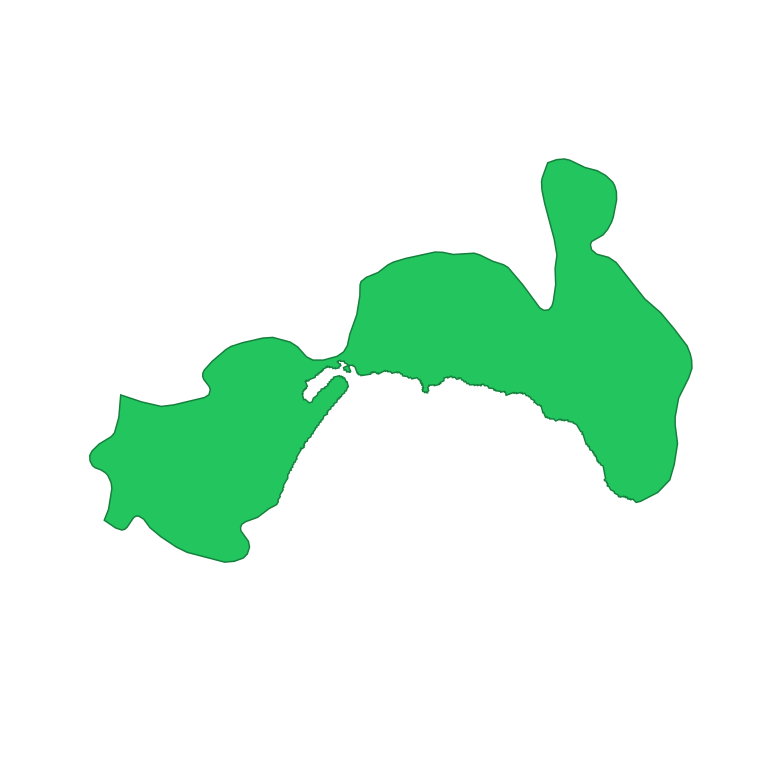 Jaquimeyes, Barahona, Dominican Republic, rotated 346°
{"feature_id": "3306468B18666570412255", "entity_name": "Jaquimeyes", "entity_type": "district", "adm_level": 2, "iso_a3": "DOM", "parent_name": "Dominican Republic", "parent_adm1": "Barahona", "projection": "robinson", "projection_center": [-71.041, 18.313], "detail": "fine", "context": "isolated", "style": "filled", "palette": "green", "viewbox_px": 768, "rotation_deg": 346, "n_neighbors": 0, "source": "geoboundaries", "source_scale": "gbopen_adm2", "svg_char_len": 6119}
<svg xmlns="http://www.w3.org/2000/svg" viewBox="0 0 768 768"><g transform="rotate(346 384 384)"><path d="M631.3,222.5L618.4,211.8L613.5,209.3L605.9,208.1L596.4,208.9L587.4,222.3L585.8,225.8L584.2,234.0L583.6,247.4L584.2,284.6L583.0,300.7L578.0,313.2L574.6,329.2L568.3,344.7L565.7,349.1L561.7,351.9L556.9,351.2L553.5,347.7L542.7,321.4L532.6,301.0L528.7,297.1L519.2,291.2L508.4,282.1L503.2,278.9L482.6,275.1L473.0,270.5L465.3,268.3L435.4,267.4L422.6,268.0L416.6,269.4L405.2,274.4L392.7,276.2L386.6,279.0L384.8,281.9L381.9,292.6L374.4,310.1L362.9,327.4L357.8,337.8L352.7,343.0L345.3,345.8L330.7,346.1L320.8,343.6L315.3,338.8L309.3,327.3L303.2,320.7L287.4,311.9L277.4,310.1L256.6,309.7L244.4,310.6L238.8,312.4L222.6,320.5L212.9,327.1L210.9,329.6L209.9,332.8L210.3,336.1L213.8,344.2L214.1,347.4L211.6,352.0L206.6,353.7L175.0,353.4L162.5,351.9L144.4,342.7L125.9,330.9L118.6,352.3L110.7,366.2L106.6,369.1L93.2,373.3L84.6,378.3L81.2,382.2L80.2,387.5L81.4,392.6L83.4,395.3L88.5,398.8L92.1,402.6L93.9,405.7L95.4,413.7L94.6,419.8L86.4,439.0L79.6,448.5L88.8,458.8L94.4,462.3L97.4,462.2L100.0,460.9L108.8,453.0L111.5,452.2L114.1,452.9L118.1,456.9L122.2,466.8L130.6,478.3L143.1,492.0L152.4,499.8L186.3,518.3L195.9,519.8L205.4,518.8L210.2,515.9L214.1,509.7L214.4,503.9L209.6,491.8L210.1,488.5L212.1,485.7L216.6,484.1L229.1,482.8L242.3,477.1L250.7,475.0L253.0,472.6L253.0,470.9L256.0,468.3L256.0,466.6L260.5,462.3L260.5,460.6L261.9,459.7L261.9,458.0L267.9,452.0L268.7,448.6L270.2,447.7L271.7,445.1L273.2,445.1L273.2,443.4L275.4,442.5L275.4,440.8L276.9,440.0L277.6,438.2L279.1,438.2L279.9,436.5L281.4,435.7L281.4,433.9L287.4,427.9L287.4,426.2L288.1,426.2L288.1,427.1L291.1,426.2L291.1,424.5L291.9,424.5L291.9,422.8L293.4,421.9L293.4,421.0L295.6,421.0L297.1,418.5L300.1,417.6L301.6,415.0L303.1,415.0L303.8,413.3L306.1,411.6L306.8,409.9L308.3,409.9L309.1,408.1L310.6,408.1L312.1,405.6L313.6,405.6L314.3,403.8L315.8,403.8L318.0,400.4L321.8,399.5L321.8,397.8L322.5,397.8L323.3,396.1L326.3,395.3L327.0,393.5L330.0,392.7L330.8,390.9L333.8,390.1L335.2,387.5L336.7,387.5L336.7,386.6L338.2,386.6L338.2,385.8L339.7,385.8L340.5,384.1L343.5,383.2L344.2,381.5L345.7,381.5L347.9,378.1L348.7,378.1L348.7,372.9L347.9,372.9L347.2,368.6L345.7,368.6L345.7,366.9L344.2,366.9L344.2,366.0L342.7,366.0L342.7,365.2L336.7,365.2L336.0,366.9L333.8,366.9L333.0,368.6L331.5,368.6L330.8,370.3L329.3,370.3L329.3,372.0L325.5,372.9L325.5,373.8L321.8,373.8L321.0,375.5L318.0,376.3L316.5,378.9L312.1,380.6L309.8,384.1L306.8,384.1L303.8,379.8L302.3,379.8L302.3,373.8L303.1,373.8L303.1,372.0L304.6,371.2L304.6,370.3L306.1,370.3L306.1,369.5L307.6,369.5L307.6,368.6L309.1,367.7L308.3,362.6L309.1,362.6L309.1,361.7L309.8,361.7L309.8,362.6L312.1,362.6L312.1,361.7L318.8,360.9L319.5,359.1L321.8,359.1L321.8,358.3L323.3,358.3L323.3,357.4L325.5,357.4L325.5,356.6L327.0,356.6L327.0,355.7L328.5,355.7L328.5,354.8L332.3,354.0L332.3,353.1L333.8,353.1L333.8,354.0L335.2,354.0L335.2,354.8L337.5,354.8L338.2,356.6L340.5,356.6L340.5,357.4L344.2,357.4L344.2,356.6L346.5,355.7L346.5,354.0L345.7,354.0L344.2,351.4L345.0,351.4L345.0,350.5L347.2,350.5L347.2,351.4L350.9,352.3L350.9,354.0L353.2,355.7L353.2,357.4L348.7,358.3L348.7,360.9L350.2,360.9L350.9,363.4L353.2,363.4L353.2,364.3L353.9,364.3L353.9,363.4L354.7,363.4L353.9,358.3L354.7,358.3L354.7,357.4L358.4,358.3L358.4,359.1L359.9,360.0L360.7,366.9L361.4,366.9L361.4,368.6L363.7,369.5L363.7,370.3L373.4,371.2L373.4,370.3L374.9,370.3L374.9,369.5L376.4,369.5L376.4,370.3L378.6,370.3L379.4,372.0L380.9,372.0L380.9,372.9L388.4,371.2L388.4,372.0L390.6,372.0L390.6,372.9L393.6,373.8L394.3,375.5L399.6,375.5L399.6,376.3L401.8,376.3L402.6,378.1L404.1,378.9L404.1,380.6L408.6,382.4L409.3,384.1L411.5,384.1L412.3,385.8L417.5,385.8L419.0,388.4L419.8,388.4L419.8,390.1L420.5,390.1L419.8,391.8L421.3,392.7L421.3,393.5L420.5,393.5L420.5,394.4L421.3,394.4L421.3,397.0L420.5,397.0L420.5,398.7L419.8,398.7L419.8,400.4L421.3,401.3L421.3,402.1L423.5,402.1L423.5,403.0L424.2,403.0L424.2,402.1L425.7,401.3L425.7,397.8L427.2,397.0L427.2,396.1L432.5,397.0L432.5,397.8L437.7,397.8L437.7,397.0L439.2,397.0L439.2,396.1L442.9,395.3L443.7,392.7L447.4,392.7L447.4,393.5L451.2,392.7L451.9,394.4L454.2,394.4L455.7,397.0L457.9,397.0L457.9,396.1L460.2,397.0L460.2,398.7L461.7,399.5L462.4,401.3L463.9,401.3L464.6,403.8L466.1,403.8L466.9,405.6L471.4,406.4L471.4,407.3L474.4,407.3L474.4,408.1L477.3,408.1L477.3,409.0L478.1,409.0L478.1,408.1L480.3,408.1L481.1,409.9L484.1,410.7L484.8,413.3L489.3,415.0L489.3,416.7L490.8,416.7L490.8,417.6L495.3,419.3L495.3,420.2L499.0,420.2L499.0,421.0L499.8,421.0L499.8,424.5L508.0,423.6L508.0,424.5L510.3,424.5L510.3,425.3L514.8,425.3L514.8,426.2L516.2,426.2L516.2,427.1L518.5,427.1L519.2,429.6L521.5,430.5L521.5,431.4L523.0,432.2L523.0,433.9L526.0,436.5L525.2,438.2L526.0,438.2L528.2,441.7L529.7,441.7L530.5,443.4L531.2,443.4L531.2,450.3L532.0,450.3L532.7,455.4L534.2,455.4L534.2,456.3L536.4,457.1L536.4,458.0L540.2,458.9L541.7,461.4L546.2,460.6L546.2,461.4L547.7,461.4L547.7,462.3L549.9,462.3L549.9,463.2L553.6,463.2L553.6,464.9L558.1,466.6L558.1,467.5L561.1,470.0L563.4,477.8L564.9,478.6L564.1,480.4L564.9,480.4L565.6,491.5L566.4,491.5L567.1,494.1L567.9,494.1L567.9,497.6L570.1,499.3L570.1,501.0L570.8,501.0L570.8,503.6L571.6,503.6L571.6,505.3L572.3,505.3L572.3,510.5L573.1,510.5L573.1,512.2L574.6,513.0L574.6,514.7L576.8,516.5L576.1,529.4L574.6,530.2L574.6,531.1L576.1,531.9L576.1,533.7L576.8,533.7L576.8,536.2L576.1,536.2L576.1,537.1L577.6,538.0L578.3,541.4L581.3,544.0L581.3,545.7L584.3,548.3L584.3,550.0L585.8,550.0L585.8,550.9L589.6,550.9L589.6,551.7L591.0,551.7L591.0,552.6L592.5,552.6L592.5,554.3L594.0,554.3L594.0,555.2L595.5,555.2L595.5,556.0L597.8,556.0L600.0,559.9L604.6,559.9L623.5,555.4L638.1,546.2L646.2,532.2L654.4,512.8L656.6,494.2L658.5,486.5L666.5,468.9L681.1,451.8L686.6,443.3L688.3,435.1L688.4,428.7L687.3,420.4L678.9,400.8L669.7,381.8L657.6,364.5L638.6,322.2L632.5,315.4L621.8,309.5L617.9,304.0L618.0,298.6L620.1,295.9L632.7,292.3L638.6,287.9L643.8,282.2L646.9,277.4L654.2,261.7L656.0,253.8L655.8,247.6L654.8,243.5L649.6,235.4L642.7,228.8L631.3,222.5Z" fill="#22c55e" stroke="#15803d" stroke-width="1.5"/></g></svg>